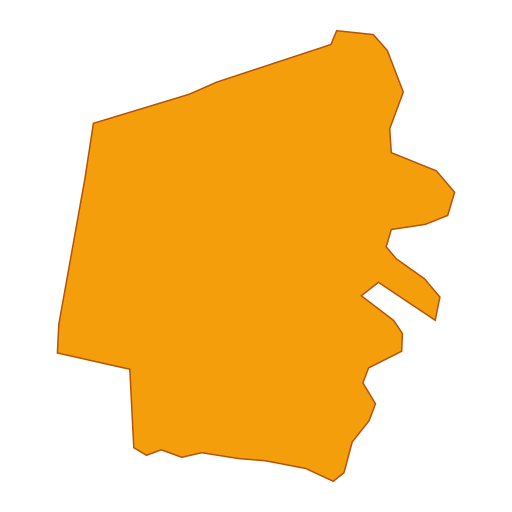 Carlos Gomes, Rio Grande do Sul, Brazil (Robinson projection)
{"feature_id": "56859067B78696216867295", "entity_name": "Carlos Gomes", "entity_type": "district", "adm_level": 2, "iso_a3": "BRA", "parent_name": "Brazil", "parent_adm1": "Rio Grande do Sul", "projection": "robinson", "projection_center": [-51.914, -27.704], "detail": "fine", "context": "isolated", "style": "filled", "palette": "amber", "viewbox_px": 512, "rotation_deg": 0, "n_neighbors": 0, "source": "geoboundaries", "source_scale": "gbopen_adm2", "svg_char_len": 672}
<svg xmlns="http://www.w3.org/2000/svg" viewBox="0 0 512 512"><path d="M373.3,34.6L336.7,30.7L330.9,44.5L217.0,82.0L189.3,94.2L93.4,123.3L84.9,178.7L58.8,324.4L57.4,353.0L110.7,365.0L129.8,369.2L133.8,447.7L146.5,455.3L161.3,449.8L181.8,457.3L201.7,452.7L238.8,458.6L265.0,460.7L305.8,468.5L333.3,481.3L344.0,472.7L352.2,442.0L369.1,420.7L375.5,403.8L362.9,382.9L368.6,367.9L401.7,351.2L402.4,333.5L393.7,320.5L361.3,295.8L378.4,282.3L435.2,320.3L439.9,297.1L424.6,278.9L396.4,258.9L386.2,246.9L391.3,229.5L425.5,224.3L447.7,215.4L454.6,192.3L436.4,170.9L391.3,152.7L389.7,128.8L403.3,92.1L387.3,50.5L373.3,34.6Z" fill="#f59e0b" stroke="#b45309" stroke-width="1.5"/></svg>